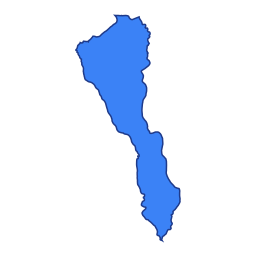 the district of Bagre, Pará, Brazil
{"feature_id": "56859067B6820333786751", "entity_name": "Bagre", "entity_type": "district", "adm_level": 2, "iso_a3": "BRA", "parent_name": "Brazil", "parent_adm1": "Pará", "projection": "natural_earth1", "projection_center": [-50.178, -2.484], "detail": "fine", "context": "isolated", "style": "filled", "palette": "blue", "viewbox_px": 256, "rotation_deg": 0, "n_neighbors": 0, "source": "geoboundaries", "source_scale": "gbopen_adm2", "svg_char_len": 5803}
<svg xmlns="http://www.w3.org/2000/svg" viewBox="0 0 256 256"><path d="M121.6,15.5L121.2,15.7L119.2,15.6L118.4,15.5L116.0,15.5L114.9,15.4L115.7,16.3L116.4,17.3L117.0,19.1L117.1,20.1L117.0,20.8L116.6,22.2L116.2,22.7L114.6,24.0L113.8,24.3L113.2,24.8L111.6,26.3L110.6,26.9L109.2,28.3L107.0,30.3L105.8,31.2L104.9,31.7L104.5,32.0L104.1,32.3L102.0,34.0L99.9,36.1L99.2,36.5L97.0,36.9L96.1,36.9L95.0,36.4L93.4,36.2L92.8,36.3L92.3,37.3L91.7,37.9L90.9,38.9L90.4,39.3L90.1,39.6L89.5,40.2L89.0,40.4L88.6,41.0L88.4,41.8L87.5,41.4L86.2,41.6L85.3,41.4L83.5,41.2L83.2,41.5L82.9,42.6L82.5,42.8L81.6,43.0L80.6,42.6L80.2,42.5L80.1,43.1L79.8,43.6L79.3,43.9L78.7,44.7L77.9,45.3L77.7,45.8L77.5,46.8L77.0,48.5L76.7,49.0L76.0,49.6L76.0,50.4L76.7,50.5L77.2,51.0L77.0,51.7L77.0,52.3L77.5,52.6L78.0,52.8L78.1,53.9L78.2,54.4L78.6,55.1L79.3,55.8L79.4,56.3L79.8,57.5L80.1,57.9L80.3,58.4L80.9,59.0L81.4,59.1L81.4,60.0L81.2,61.1L81.3,61.7L81.7,62.4L81.8,63.0L81.8,64.2L81.9,64.8L82.5,65.9L82.8,66.4L83.2,67.2L83.5,68.5L83.4,70.5L83.3,71.3L83.5,72.0L83.6,73.2L83.7,73.7L83.8,74.2L84.1,75.2L84.2,76.0L84.4,76.6L84.8,78.4L85.0,78.9L85.4,79.7L87.3,80.9L88.3,81.6L89.6,82.0L90.1,82.0L91.7,82.6L93.3,83.8L93.8,84.2L94.8,85.5L95.3,86.7L95.8,87.5L96.3,88.2L98.1,89.6L98.7,90.5L98.8,91.1L99.4,92.9L99.7,94.2L100.0,94.9L101.2,96.3L101.9,98.6L102.2,99.1L102.6,99.5L103.9,100.4L104.7,101.5L105.4,102.7L105.7,103.6L106.1,105.1L106.8,107.7L107.5,109.8L107.8,111.4L108.5,112.9L110.6,115.8L111.3,117.2L111.5,118.1L111.9,119.0L112.1,121.1L112.5,122.0L112.9,122.8L113.3,123.5L114.5,124.8L115.2,125.3L116.1,126.6L117.0,129.8L117.7,130.7L118.4,131.6L118.9,131.9L121.1,132.7L121.7,132.7L122.2,132.9L122.9,133.0L123.4,133.1L123.9,133.6L124.4,133.9L127.3,134.5L128.5,135.1L129.0,135.6L129.8,136.5L130.5,137.8L130.8,138.5L131.3,140.0L131.6,141.6L131.9,142.3L133.1,144.2L133.6,144.7L134.7,145.6L135.0,146.1L135.4,147.3L135.7,149.7L136.0,150.5L136.4,151.0L137.2,151.6L137.3,152.2L137.7,153.0L138.7,154.3L139.0,154.8L139.2,156.0L137.8,156.1L137.8,156.7L138.2,157.3L138.4,157.8L138.1,158.6L137.2,158.8L136.9,159.3L136.7,160.7L136.6,164.3L136.7,165.8L137.0,167.5L137.3,169.2L137.4,170.4L137.4,171.4L137.2,172.2L137.2,173.6L137.2,175.0L137.3,176.1L137.2,177.9L137.5,180.4L137.4,181.1L137.5,181.9L137.5,182.9L137.7,184.4L137.9,184.9L138.5,185.7L139.1,186.7L140.1,188.9L140.4,189.8L140.5,191.0L140.7,191.8L141.0,192.4L141.3,193.0L142.1,193.7L144.1,194.2L144.5,194.6L144.6,195.2L144.4,196.6L144.1,196.8L143.5,197.1L143.4,197.8L144.1,198.5L144.4,199.1L144.4,199.8L144.3,200.4L143.7,200.9L142.5,201.5L142.1,202.5L141.5,203.9L141.4,205.0L141.9,205.7L142.5,206.1L143.2,206.5L144.2,207.0L145.7,207.2L145.9,207.8L145.7,208.7L145.3,209.1L144.5,209.9L143.4,210.8L142.9,211.4L142.1,212.7L142.1,213.7L142.9,215.4L144.6,217.3L145.7,219.0L146.8,219.6L148.0,219.7L149.0,220.8L150.5,221.9L152.2,223.5L153.6,225.0L155.0,226.0L155.9,227.8L157.0,229.7L157.5,231.9L157.1,233.7L157.0,234.8L157.9,235.5L158.7,235.6L159.2,236.0L159.5,236.6L160.3,237.7L160.1,239.4L160.4,239.9L160.8,240.1L161.5,240.2L162.2,240.6L161.6,239.5L162.0,238.5L162.3,237.8L162.4,236.9L163.3,236.0L164.0,235.7L164.5,235.1L165.7,234.2L166.2,233.6L166.6,232.5L167.4,230.7L167.9,229.9L168.8,229.5L170.0,229.6L170.9,228.8L171.1,228.1L170.6,227.1L170.8,226.0L172.0,224.4L172.2,223.5L171.9,222.7L171.5,222.5L171.4,221.9L171.2,221.1L171.0,220.0L171.4,218.5L171.9,216.2L171.3,215.4L171.3,214.8L171.8,214.5L172.5,214.3L173.0,213.4L173.1,212.9L173.0,211.4L174.6,209.8L175.1,209.5L175.6,208.7L176.5,207.7L176.7,207.2L178.3,205.2L179.6,202.8L179.8,202.2L180.0,201.7L179.9,200.3L180.0,199.6L180.0,198.1L179.8,197.5L179.6,195.6L179.6,192.8L179.7,191.8L179.7,190.8L179.6,190.0L179.1,188.6L176.8,188.0L175.9,187.6L175.0,187.2L174.3,186.6L174.0,186.0L173.3,185.2L170.8,182.6L170.3,181.9L169.5,180.5L168.5,179.0L167.2,176.3L166.6,174.6L166.3,173.6L166.2,172.2L166.4,170.5L166.4,169.2L166.5,165.3L166.4,161.3L166.1,159.9L165.8,158.8L165.2,158.2L164.4,157.2L162.6,155.4L162.1,154.7L161.7,153.1L161.7,152.1L161.5,150.8L161.7,149.5L162.5,145.5L162.8,144.2L162.8,143.1L162.5,138.3L162.2,137.5L161.6,136.3L161.3,135.3L160.4,133.8L159.0,132.5L157.9,132.0L155.8,132.0L155.2,132.1L153.5,132.8L152.8,133.1L151.0,133.4L150.2,133.3L149.6,132.5L149.5,131.4L149.2,131.0L148.6,130.7L147.5,128.5L147.4,127.2L147.6,126.7L147.5,126.1L147.3,124.6L147.1,124.1L146.9,123.3L146.0,121.5L144.5,119.8L143.0,117.7L142.6,116.8L142.3,115.8L142.3,114.9L142.1,112.9L141.9,110.5L142.0,108.3L142.4,103.9L142.8,102.0L142.9,100.8L143.1,100.2L143.6,99.1L144.9,97.2L145.6,96.0L145.9,95.3L146.0,93.7L146.5,91.6L146.6,90.6L146.6,88.9L146.6,87.9L146.4,87.0L145.6,84.9L145.3,84.4L144.0,83.1L143.4,82.7L142.5,81.7L142.3,81.1L142.4,79.8L143.1,78.0L143.3,77.0L143.4,75.7L142.9,74.4L141.8,72.7L141.5,72.1L141.3,71.5L141.5,70.8L142.6,69.9L143.1,69.7L144.0,69.1L144.7,68.7L148.5,65.7L149.3,64.7L149.6,64.2L149.9,63.5L149.9,62.5L149.1,60.7L147.2,59.2L147.2,58.6L146.9,58.1L147.2,57.4L147.5,56.8L147.6,56.2L147.5,55.7L147.7,55.2L147.7,54.7L147.5,54.3L147.6,53.7L148.0,53.3L147.9,52.8L147.4,52.8L147.5,52.3L147.2,51.5L146.7,50.9L146.8,50.3L146.7,49.5L147.0,48.6L147.2,46.1L147.5,45.4L148.1,45.4L149.2,43.3L148.4,42.3L148.1,41.4L147.9,41.0L147.7,40.2L147.8,39.0L148.0,38.5L148.6,38.3L149.7,36.9L149.7,36.3L149.1,35.8L149.1,35.3L149.7,34.8L150.0,34.3L150.1,33.6L150.0,33.0L149.8,32.4L149.4,32.0L148.5,31.9L147.9,31.4L147.5,30.7L147.6,30.2L147.8,29.4L147.7,28.7L147.3,28.1L146.8,28.0L146.2,28.2L145.6,28.1L145.2,27.5L145.7,26.2L145.7,25.3L145.4,24.6L144.8,24.4L143.9,24.4L143.3,24.5L142.5,24.5L142.2,24.1L142.0,23.0L141.5,21.6L139.6,18.7L139.2,17.6L139.1,16.9L134.5,18.7L132.4,19.6L131.5,19.5L131.0,19.4L130.3,18.9L129.8,18.5L129.3,17.9L129.1,17.5L128.7,16.4L128.0,15.9L126.8,15.6L125.5,15.5L122.5,15.7L122.1,15.7L121.6,15.5Z" fill="#3b82f6" stroke="#1e3a8a" stroke-width="1.5"/></svg>